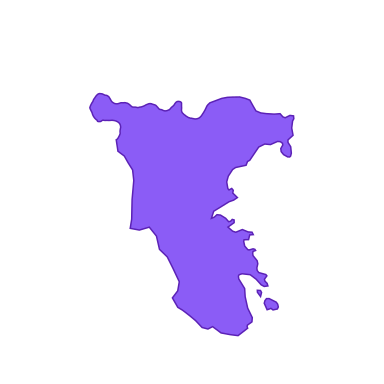 Rason City, Rasŏn, North Korea (Robinson projection), rotated 298°
{"feature_id": "82179303B91931790309769", "entity_name": "Rason City", "entity_type": "district", "adm_level": 2, "iso_a3": "PRK", "parent_name": "North Korea", "parent_adm1": "Rasŏn", "projection": "robinson", "projection_center": [130.492, 42.382], "detail": "fine", "context": "isolated", "style": "filled", "palette": "violet", "viewbox_px": 384, "rotation_deg": 298, "n_neighbors": 0, "source": "geoboundaries", "source_scale": "gbopen_adm2", "svg_char_len": 5980}
<svg xmlns="http://www.w3.org/2000/svg" viewBox="0 0 384 384"><g transform="rotate(298 192 192)"><path d="M97.9,305.1L98.8,304.0L100.4,303.4L105.5,305.9L109.4,304.2L115.6,295.7L124.5,288.1L131.5,283.8L137.2,274.1L139.6,272.4L141.1,272.5L143.3,274.6L146.3,282.2L145.1,289.6L142.5,296.7L142.5,300.1L144.7,303.1L146.6,301.2L147.5,298.3L149.0,296.9L153.1,297.5L153.8,295.9L152.2,288.8L153.3,286.4L155.4,284.9L159.5,283.8L161.9,281.8L164.5,275.7L166.5,274.3L168.2,273.8L170.2,275.6L170.9,274.4L170.5,272.6L167.6,269.6L167.3,268.3L169.0,263.9L172.7,260.8L174.3,260.4L176.5,264.3L181.2,263.1L183.1,266.1L184.7,263.9L183.1,260.3L182.5,254.1L177.0,249.5L176.5,246.2L177.9,240.2L184.7,243.6L187.1,242.3L186.7,240.4L184.3,239.8L183.0,238.3L184.6,234.0L185.0,228.0L183.7,224.7L180.3,223.5L177.9,221.5L185.2,220.2L200.8,229.3L204.4,232.6L208.4,234.7L210.2,228.5L212.9,227.6L213.8,225.4L211.2,223.7L211.8,222.1L217.2,217.9L223.0,216.6L230.9,217.3L234.1,219.0L241.0,227.2L245.0,226.7L247.1,228.1L263.0,229.8L268.5,233.7L270.7,239.0L276.8,243.8L277.9,246.4L277.5,249.0L276.1,250.1L272.0,250.0L269.5,251.8L268.0,255.3L267.9,260.0L268.8,261.8L270.0,262.2L272.9,261.5L278.3,257.9L280.9,253.4L283.1,252.3L289.5,254.6L295.3,250.0L301.9,247.5L304.5,247.5L306.9,245.9L305.6,242.5L301.3,239.4L301.0,237.0L302.5,233.0L299.4,228.1L296.1,220.9L294.1,215.6L293.6,210.4L296.6,205.6L300.3,199.9L299.7,195.2L298.3,189.5L294.8,183.2L292.2,178.8L288.6,174.3L279.1,165.9L277.8,165.5L276.7,165.1L276.1,165.0L275.5,164.9L274.9,164.8L274.2,164.8L273.6,164.9L272.9,164.9L270.7,165.0L267.6,164.9L265.7,164.7L265.2,164.7L264.6,164.6L263.5,164.5L262.4,164.2L261.9,164.0L261.5,163.9L261.1,163.7L260.6,163.4L260.1,163.1L259.3,162.3L258.9,161.9L258.3,161.0L258.0,160.6L257.8,160.0L257.6,159.5L257.5,158.9L257.3,158.4L257.1,157.7L257.0,157.1L256.6,156.4L256.4,155.8L256.3,154.8L256.1,154.3L256.1,153.6L256.1,152.8L256.2,152.2L256.2,151.4L256.3,151.1L256.3,150.6L256.5,150.1L256.6,149.0L256.8,148.1L257.0,147.6L257.3,146.5L257.6,145.9L257.9,145.5L258.6,144.8L259.0,144.5L259.5,144.2L261.5,143.3L262.6,142.6L263.1,142.4L263.5,142.1L264.9,141.4L265.2,141.2L265.5,141.1L265.8,140.8L266.0,140.6L266.1,140.3L266.2,139.7L266.2,139.4L266.2,139.1L266.1,138.7L265.9,138.1L265.8,137.8L265.5,137.2L265.1,136.7L264.9,136.4L264.7,136.3L264.0,135.9L263.6,135.7L263.1,135.6L262.0,135.4L260.3,135.3L259.9,135.2L258.7,134.8L258.4,134.7L258.0,134.5L257.7,134.4L257.3,134.2L257.0,134.1L256.6,134.0L255.7,133.8L254.3,133.5L253.9,133.3L253.8,133.1L253.6,133.0L252.8,132.3L252.5,132.1L252.2,131.8L251.9,131.5L251.4,130.8L251.1,130.4L250.9,130.0L250.8,129.7L250.6,128.9L250.5,128.1L250.4,127.8L250.5,127.3L250.4,126.4L250.2,126.1L250.2,125.9L250.0,125.2L249.9,125.0L249.8,124.7L249.8,124.4L249.9,124.1L250.0,123.4L250.2,123.0L250.5,122.3L250.7,121.9L250.8,121.5L250.9,121.2L251.2,120.4L251.5,119.5L251.5,119.1L251.5,118.8L251.5,118.3L251.3,117.5L251.2,117.1L251.2,116.8L251.1,116.4L251.0,116.0L251.0,115.7L250.9,115.3L250.9,114.9L250.8,114.6L250.7,114.2L250.4,113.6L250.1,113.0L249.7,112.5L249.2,112.0L248.2,111.2L247.7,110.7L246.8,110.1L246.4,109.9L246.0,109.6L245.6,109.3L245.2,109.0L244.9,108.8L244.6,108.5L244.2,108.1L243.3,107.3L242.9,106.8L242.8,106.5L242.4,106.0L241.8,105.4L241.2,104.7L241.0,104.3L240.9,104.0L240.8,103.6L240.7,103.2L240.3,102.0L240.1,101.6L239.9,101.3L239.6,100.9L239.5,100.4L239.3,100.1L239.1,99.5L239.1,99.1L239.1,98.8L239.2,98.6L239.3,98.0L239.4,97.2L239.6,96.9L239.7,96.4L239.8,95.9L239.9,95.5L240.0,94.7L240.1,93.4L239.9,92.7L239.7,92.0L239.7,91.7L239.5,91.1L239.3,90.8L239.1,90.2L238.9,90.0L238.5,89.5L238.4,89.2L238.0,88.5L237.7,87.8L237.6,87.6L237.1,87.0L236.5,86.5L236.2,86.1L235.8,85.8L235.5,85.5L235.1,85.0L234.9,84.8L234.7,84.4L234.5,84.1L234.3,83.7L234.2,83.3L233.9,82.6L233.8,81.9L233.8,81.5L233.8,81.0L233.9,79.7L234.1,79.0L234.4,78.2L234.8,77.5L235.1,77.1L235.3,76.8L236.0,75.7L236.5,74.8L236.7,74.5L236.9,74.1L237.1,73.7L237.2,73.2L237.2,72.7L237.3,71.7L237.2,71.3L237.1,70.8L236.9,70.3L236.8,70.1L236.7,69.9L236.6,69.6L236.6,69.3L236.6,68.5L236.6,68.0L236.5,67.1L236.5,66.7L236.1,65.6L235.8,64.8L235.6,64.3L235.3,63.9L235.0,63.6L234.8,63.4L234.5,63.2L234.1,62.9L233.8,62.8L232.9,62.5L232.3,62.3L231.6,62.2L231.0,62.1L229.7,62.0L229.1,61.9L228.3,61.8L227.6,61.7L226.4,61.8L225.3,62.0L224.0,61.8L222.9,61.8L222.4,61.8L221.5,61.8L220.4,61.9L220.0,61.9L219.1,62.1L218.5,62.2L218.3,62.4L217.6,63.0L217.2,63.7L216.7,64.3L216.4,64.6L216.2,65.0L215.6,65.8L215.3,66.3L214.9,66.7L214.6,67.0L214.3,67.3L214.0,67.6L213.6,68.0L213.1,68.7L212.8,69.1L212.3,69.9L212.1,70.3L211.7,71.1L211.6,71.4L211.4,71.8L211.3,72.2L211.2,72.5L210.9,73.7L210.9,74.1L210.6,74.8L210.4,75.0L210.1,75.4L210.1,75.6L210.1,75.8L210.4,76.7L210.6,77.0L211.0,77.7L211.2,78.0L211.4,78.3L211.8,78.5L212.2,78.7L212.5,78.8L213.1,79.2L213.4,79.4L213.6,79.7L213.8,80.0L213.9,80.4L214.0,80.9L214.3,81.4L214.6,82.1L214.9,82.5L215.2,83.1L215.4,83.5L216.3,85.3L216.6,85.8L217.2,86.8L217.6,87.4L217.9,87.8L218.0,88.3L218.2,88.7L218.7,90.2L218.9,91.1L219.0,91.7L219.0,92.5L219.1,93.1L219.0,93.8L218.9,94.3L218.7,95.3L218.5,95.8L218.3,96.2L218.0,96.5L217.8,96.9L217.5,97.2L217.2,97.5L216.2,98.3L215.7,98.6L215.2,98.8L214.0,99.1L213.6,99.3L213.1,99.4L211.7,100.0L211.4,100.2L211.0,100.4L210.4,100.9L209.9,101.1L209.4,101.2L208.7,101.3L208.0,101.4L207.5,101.4L206.1,101.4L205.0,101.4L204.3,101.3L203.4,101.1L203.0,100.9L202.7,100.8L202.5,100.6L193.2,107.5L192.0,115.3L187.8,121.9L183.6,129.2L174.8,135.2L157.3,142.6L139.7,151.5L130.9,154.5L133.7,163.4L140.9,170.8L136.4,181.3L126.1,190.2L123.1,200.6L115.7,211.0L106.8,222.9L98.0,225.8L89.3,224.4L83.5,233.6L83.2,239.2L81.7,248.1L80.1,255.6L77.1,264.5L78.5,270.4L82.8,273.4L81.2,283.8L84.0,292.7L86.8,300.1L97.9,305.1ZM128.8,322.3L131.0,322.2L133.2,320.3L134.3,318.0L134.1,310.1L132.8,307.8L130.3,307.4L127.7,308.0L123.3,313.6L125.8,316.0L126.3,316.3L125.9,318.9L128.8,322.3ZM131.9,301.6L135.9,300.6L137.2,298.7L135.9,295.8L134.2,296.8L131.9,301.6Z" fill="#8b5cf6" stroke="#5b21b6" stroke-width="1.5"/></g></svg>